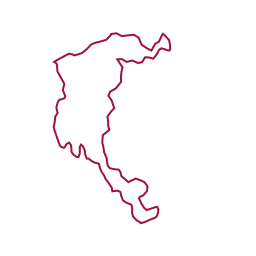 Psematismenos, Larnaca, Cyprus (Equal Earth projection), rotated 339°
{"feature_id": "46923920B35113056649454", "entity_name": "Psematismenos", "entity_type": "district", "adm_level": 2, "iso_a3": "CYP", "parent_name": "Cyprus", "parent_adm1": "Larnaca", "projection": "equal_earth", "projection_center": [33.351, 34.757], "detail": "fine", "context": "isolated", "style": "outline", "palette": "rose", "viewbox_px": 256, "rotation_deg": 339, "n_neighbors": 0, "source": "geoboundaries", "source_scale": "gbopen_adm2", "svg_char_len": 2159}
<svg xmlns="http://www.w3.org/2000/svg" viewBox="0 0 256 256"><g transform="rotate(339 128 128)"><path d="M90.7,181.5L96.0,182.8L98.0,185.0L97.4,188.7L97.3,193.7L99.4,196.8L103.7,200.9L103.1,204.5L101.4,208.7L101.0,212.4L102.9,217.2L105.0,219.7L105.9,221.0L105.0,221.4L110.0,221.8L113.8,221.6L116.0,221.5L118.5,221.5L121.4,221.5L122.6,220.9L123.6,220.4L125.6,218.0L127.3,214.7L126.8,211.9L125.2,211.7L120.5,211.5L115.9,211.2L114.5,208.5L114.0,206.4L113.3,202.5L113.3,200.1L113.0,197.7L114.3,196.5L118.1,196.4L120.8,194.9L123.0,193.8L125.3,189.5L123.9,184.3L120.7,181.1L117.0,177.9L112.2,178.3L108.9,178.7L106.7,174.3L104.6,170.7L105.1,166.5L104.5,163.6L100.7,161.7L96.6,159.0L95.6,155.6L95.7,154.9L97.3,148.2L97.0,142.2L98.3,136.4L98.7,132.5L101.9,125.7L105.4,124.5L109.8,123.1L110.4,118.4L111.6,115.6L112.9,109.9L119.0,106.1L122.3,104.5L122.6,96.0L121.2,90.9L124.4,87.7L131.0,86.6L138.0,82.5L138.4,81.8L139.7,77.6L142.4,72.7L144.6,69.4L142.6,60.1L146.9,61.4L150.4,65.8L156.3,66.6L160.5,70.8L164.5,71.7L169.3,68.1L173.3,69.9L176.3,72.3L180.1,70.3L182.5,68.5L185.0,66.1L187.7,65.6L190.4,67.5L192.2,69.2L194.1,70.5L195.4,70.0L196.0,68.4L197.0,65.2L197.9,60.8L195.7,55.1L194.4,52.6L192.8,53.7L190.3,56.1L187.9,58.5L183.4,59.3L181.2,61.1L177.6,64.1L174.6,60.8L170.7,55.4L170.2,47.3L167.0,43.2L165.6,42.7L155.0,39.9L151.3,35.5L145.9,34.2L145.2,35.1L139.3,37.9L132.2,37.3L128.7,36.8L123.6,36.8L118.0,39.5L115.0,40.6L111.1,41.6L103.9,41.0L102.3,39.2L99.3,37.5L85.6,39.2L82.7,39.8L84.3,41.9L84.3,43.8L83.5,46.3L82.4,50.1L83.3,55.9L84.3,63.3L83.8,65.0L82.5,66.6L80.8,69.2L80.8,72.3L80.8,76.0L79.4,77.4L76.9,77.4L75.7,77.4L74.1,77.0L71.9,78.6L70.1,80.9L68.4,83.3L68.0,85.9L67.8,88.5L64.0,91.6L61.8,96.0L59.0,100.3L58.5,104.4L58.4,109.8L58.1,116.4L58.2,120.4L59.1,121.9L61.1,123.6L62.4,123.0L65.1,120.9L67.9,120.6L68.6,123.6L67.8,126.8L66.7,130.3L67.7,133.6L69.7,136.6L71.3,137.5L72.3,136.1L73.8,134.6L75.0,131.5L76.3,128.3L78.2,126.7L79.3,128.6L79.6,134.0L78.6,136.9L78.6,141.8L80.3,142.5L81.6,144.7L83.8,147.8L88.1,151.1L87.4,155.4L87.6,159.3L88.6,163.9L88.9,168.0L89.9,171.0L91.3,177.4L91.3,178.8L90.7,181.5Z" fill="none" stroke="#9f1239" stroke-width="2"/></g></svg>